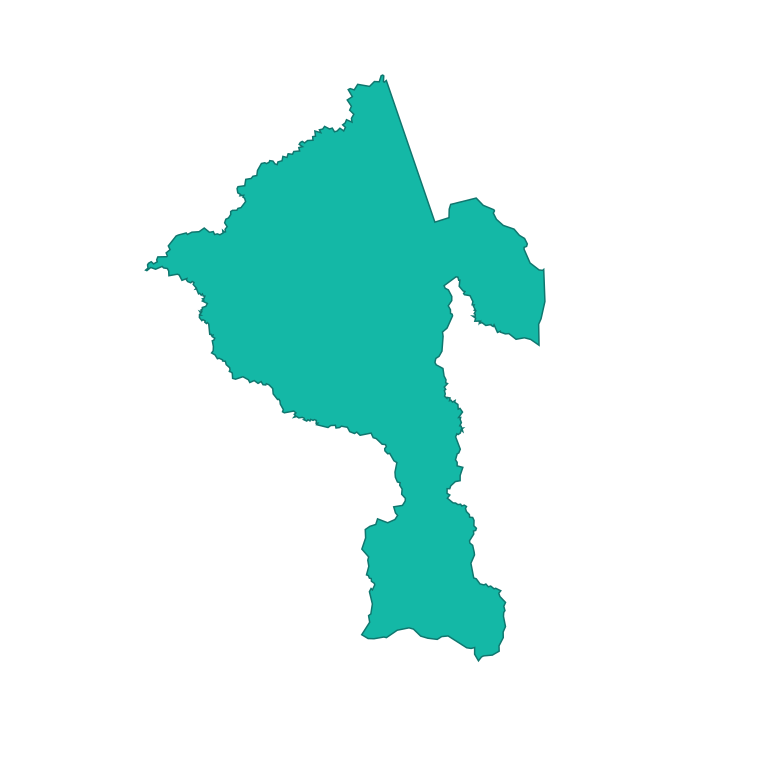 outline of Chiriguaná, Cesar, Colombia, rotated 71°
{"feature_id": "7082276B64056915020692", "entity_name": "Chiriguaná", "entity_type": "district", "adm_level": 2, "iso_a3": "COL", "parent_name": "Colombia", "parent_adm1": "Cesar", "projection": "orthographic", "projection_center": [-73.541, 9.425], "detail": "fine", "context": "isolated", "style": "filled", "palette": "teal", "viewbox_px": 768, "rotation_deg": 71, "n_neighbors": 0, "source": "geoboundaries", "source_scale": "gbopen_adm2", "svg_char_len": 6156}
<svg xmlns="http://www.w3.org/2000/svg" viewBox="0 0 768 768"><g transform="rotate(71 384 384)"><path d="M92.1,311.3L96.2,316.4L93.7,319.8L94.0,322.0L102.0,320.4L103.5,326.3L110.8,324.4L113.9,327.3L119.1,324.7L122.2,328.3L126.0,329.0L121.9,333.4L124.5,335.7L125.5,338.7L128.8,336.9L131.6,339.7L127.8,342.4L129.6,346.1L129.4,348.7L125.2,349.6L125.1,352.5L121.1,356.3L123.0,359.0L122.6,362.3L125.8,361.9L122.3,367.0L127.4,368.1L126.9,370.9L130.4,371.8L128.9,377.0L130.2,380.6L128.0,382.3L128.4,384.5L129.8,386.2L133.1,383.8L132.7,387.6L136.2,387.9L134.8,393.6L137.0,395.7L135.1,399.7L138.2,402.0L135.9,405.5L139.7,407.7L139.5,412.0L141.8,413.6L140.3,415.5L137.1,416.4L135.6,419.3L137.0,420.5L137.3,423.4L136.0,424.7L135.6,428.1L140.9,434.1L145.5,436.4L144.9,440.3L146.4,442.6L145.5,448.1L151.2,451.1L149.9,457.8L151.4,459.3L155.7,460.0L158.1,457.9L159.1,458.9L159.9,455.2L161.4,456.5L162.9,455.3L166.5,455.5L170.7,461.8L170.4,464.9L171.8,466.6L170.5,470.7L171.0,472.8L173.9,473.8L176.4,477.0L176.7,479.9L179.7,482.2L184.2,481.1L186.0,483.9L188.5,484.3L188.4,485.5L186.4,486.5L188.8,487.0L189.5,490.6L187.8,492.7L187.5,495.5L184.3,495.8L183.8,499.6L178.0,503.2L179.8,509.3L177.9,516.2L178.6,521.2L176.8,521.8L176.2,530.0L176.4,532.4L183.2,543.0L187.3,542.5L189.1,547.3L192.2,547.1L192.9,548.0L190.2,556.5L192.6,558.5L194.6,558.6L195.4,562.7L192.6,564.3L193.2,567.4L194.4,568.8L197.6,569.4L198.7,572.3L199.6,571.3L197.9,566.6L201.1,562.6L200.6,555.5L202.5,554.6L204.3,551.2L207.1,550.8L211.6,552.1L212.9,543.6L214.2,542.2L220.2,541.3L220.1,536.1L221.2,536.9L223.2,536.3L225.4,533.8L224.6,532.0L226.2,530.6L227.7,532.0L232.2,530.2L232.9,531.4L233.1,530.3L238.4,530.0L238.3,528.7L240.5,527.9L239.8,526.4L241.9,526.3L242.6,524.8L244.4,526.2L244.4,527.9L246.0,527.0L246.4,528.7L250.4,524.8L252.6,527.2L252.5,530.9L253.9,531.2L254.5,533.1L255.7,532.4L256.8,533.3L255.5,534.6L257.3,534.2L258.3,535.7L259.3,534.8L259.0,536.1L261.0,536.9L264.8,535.6L264.2,534.3L266.3,532.5L267.2,533.3L269.0,532.2L268.4,531.0L270.3,530.2L280.3,532.6L280.7,531.3L282.1,531.3L282.1,529.9L283.4,530.9L285.5,529.1L287.2,530.7L287.2,532.3L293.0,533.1L297.0,534.7L298.5,536.9L301.5,534.3L305.9,533.3L306.0,531.5L308.6,528.8L309.7,529.1L310.9,526.6L314.3,526.9L318.4,524.6L320.5,525.0L322.1,526.6L321.8,525.6L324.2,523.9L329.4,525.3L331.1,522.8L331.2,515.0L335.9,510.8L338.9,510.4L338.5,505.6L342.4,502.9L341.7,499.4L345.3,498.6L346.4,496.1L345.4,495.2L347.3,493.0L352.1,490.7L357.3,492.0L364.0,489.7L364.1,488.4L366.2,487.9L369.3,488.6L375.4,487.5L377.2,489.0L378.8,487.6L380.2,478.1L382.7,476.7L383.4,478.7L384.9,478.0L386.1,480.0L386.3,477.2L388.3,475.6L388.9,472.2L390.1,470.8L391.7,470.6L391.7,471.4L393.9,469.1L393.0,467.5L394.8,466.0L393.6,464.9L395.3,462.9L395.0,461.4L396.5,459.8L399.0,460.9L399.5,459.3L400.5,461.0L406.9,451.1L405.9,447.9L407.2,443.4L410.0,443.7L410.7,440.2L410.0,438.0L413.0,432.7L417.9,431.9L421.2,428.0L420.6,425.4L424.7,423.3L426.2,412.2L431.2,411.7L433.1,409.1L440.3,405.4L441.8,402.3L443.9,402.2L445.4,404.4L447.5,404.9L451.2,403.2L451.5,401.2L459.8,399.6L462.5,397.4L470.9,402.3L475.8,403.6L481.0,403.2L482.6,400.9L484.8,402.1L489.3,401.1L494.0,403.2L499.1,401.0L501.6,402.1L504.8,406.1L503.3,414.8L509.6,415.1L512.7,413.9L515.7,417.8L516.4,425.7L509.4,434.0L514.1,437.5L514.0,443.7L515.5,449.1L523.6,451.5L532.9,458.7L542.5,454.8L545.3,456.7L551.4,457.7L558.8,462.7L560.0,461.2L562.8,461.0L563.8,459.4L566.4,460.1L569.4,458.0L571.0,458.2L574.9,462.0L573.2,462.8L575.6,465.4L588.2,466.6L597.1,471.3L598.0,474.0L604.6,475.1L613.8,486.7L619.5,481.9L621.6,476.4L623.2,466.4L624.6,464.3L621.1,451.6L622.7,439.7L625.4,435.9L634.3,431.4L638.6,425.4L642.8,416.8L641.6,411.7L643.1,405.4L660.3,391.7L662.4,387.7L662.7,384.1L669.0,386.3L676.5,384.8L673.8,380.7L673.5,378.3L675.6,369.8L674.1,362.1L669.0,360.5L662.6,353.8L657.3,352.1L652.9,348.1L642.6,346.7L639.0,345.2L637.6,343.4L633.2,343.1L630.1,340.2L622.7,343.6L619.2,343.6L617.5,340.9L613.5,344.9L613.5,346.6L609.8,348.9L609.7,351.4L606.3,352.8L606.5,354.9L604.3,358.3L598.2,360.2L596.6,362.3L581.8,360.2L575.1,354.1L572.4,353.5L565.4,352.7L562.3,354.6L560.1,354.2L555.1,348.0L552.2,347.3L552.3,345.0L550.5,343.6L547.3,345.2L542.3,343.3L539.1,343.6L537.8,346.4L535.2,345.8L531.4,347.6L528.2,347.5L526.7,345.9L524.7,347.5L524.6,350.2L522.6,350.7L522.1,353.4L519.9,355.0L518.9,357.4L512.6,361.3L510.4,357.9L507.9,360.0L503.5,358.4L504.4,355.9L502.0,354.0L499.5,348.3L500.2,343.5L495.3,341.8L488.5,336.6L485.2,341.5L481.8,340.3L479.0,341.1L473.9,337.6L473.5,335.7L470.5,333.1L457.3,333.5L454.8,331.3L455.9,330.4L455.2,327.8L452.7,326.1L454.5,325.0L451.8,324.8L451.4,323.7L451.1,325.0L449.0,324.8L448.2,326.0L445.7,323.4L442.2,323.5L440.6,322.4L440.0,324.4L436.1,318.9L431.8,320.1L431.9,322.0L427.4,320.8L424.3,323.1L422.8,322.2L423.4,325.1L421.1,326.0L421.1,327.5L418.7,326.1L417.2,328.7L418.0,329.2L415.3,330.7L413.3,329.3L409.7,329.0L409.2,327.4L406.5,328.0L404.3,323.8L402.9,325.3L400.2,324.0L395.9,324.6L388.5,323.2L382.9,328.4L380.2,328.8L376.7,326.7L375.8,323.0L371.8,318.5L358.1,312.6L353.9,311.8L351.7,306.2L341.9,297.0L340.2,296.8L339.0,298.1L335.3,297.0L331.0,297.8L327.2,292.8L323.3,291.4L316.0,292.5L313.4,295.0L310.6,295.2L306.1,281.0L307.1,279.3L310.2,279.6L310.5,278.5L316.1,281.1L321.8,278.9L322.9,277.4L324.4,279.3L325.8,278.8L328.5,273.9L335.0,273.1L337.8,274.9L338.6,273.1L339.3,274.1L343.3,273.6L343.6,274.6L344.7,273.4L346.9,275.8L347.9,275.0L349.7,275.8L348.7,278.0L351.6,275.9L354.2,277.7L355.6,273.2L357.6,274.1L356.5,272.3L357.8,272.7L357.9,271.3L361.8,268.7L362.6,263.5L363.4,263.6L365.2,262.0L363.9,260.7L372.2,259.9L372.0,256.9L372.9,257.0L376.1,253.0L377.0,249.5L384.7,244.6L386.0,236.2L389.6,230.8L397.8,224.8L377.8,218.3L373.5,214.3L358.4,205.0L327.7,195.7L328.2,197.0L326.7,200.2L317.1,206.5L302.2,207.7L300.4,207.0L300.3,204.4L298.2,202.9L292.2,203.7L287.5,207.6L279.9,210.6L272.9,219.6L264.9,224.1L258.0,225.0L256.3,223.2L255.0,223.4L247.4,232.0L238.2,236.3L235.9,262.5L239.9,265.4L247.9,268.4L247.5,283.2L97.8,283.0L98.7,285.4L97.9,286.1L92.6,283.9L91.5,284.6L91.6,286.3L96.7,290.1L94.9,294.6L97.9,300.8L92.1,311.3Z" fill="#14b8a6" stroke="#0f766e" stroke-width="1.5"/></g></svg>